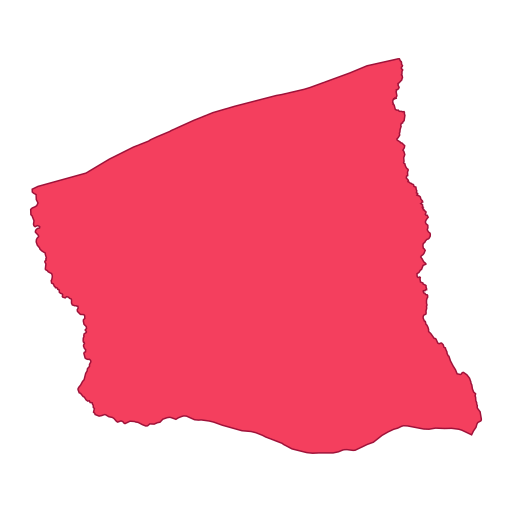 outline of Zumbu, Tete, Mozambique
{"feature_id": "85939544B34189520387166", "entity_name": "Zumbu", "entity_type": "district", "adm_level": 2, "iso_a3": "MOZ", "parent_name": "Mozambique", "parent_adm1": "Tete", "projection": "robinson", "projection_center": [31.028, -15.185], "detail": "fine", "context": "isolated", "style": "filled", "palette": "rose", "viewbox_px": 512, "rotation_deg": 0, "n_neighbors": 0, "source": "geoboundaries", "source_scale": "gbopen_adm2", "svg_char_len": 5938}
<svg xmlns="http://www.w3.org/2000/svg" viewBox="0 0 512 512"><path d="M471.6,434.8L473.5,430.9L476.0,427.3L476.9,424.1L477.8,422.5L480.8,420.9L481.3,420.0L481.3,418.9L480.1,411.8L477.5,408.3L477.2,407.4L477.3,405.5L476.7,404.2L476.7,402.8L475.8,400.6L475.6,397.2L475.1,395.9L475.6,393.8L473.6,392.0L472.4,388.8L471.8,384.9L471.0,383.3L470.8,381.8L469.5,378.2L466.9,374.8L463.5,372.4L462.3,372.6L461.2,374.1L460.4,374.5L457.1,373.8L455.5,369.8L453.0,365.8L450.5,361.0L448.9,356.2L448.1,355.7L447.0,353.2L447.0,352.1L445.6,349.0L445.4,347.9L444.0,347.3L443.2,344.8L441.7,343.2L441.1,343.0L439.1,343.7L437.8,343.1L436.0,339.1L435.5,338.6L434.2,338.4L430.8,333.6L428.6,331.5L428.6,329.5L428.0,327.4L426.9,325.1L426.0,324.4L425.3,321.4L424.4,321.1L423.2,318.2L423.1,317.0L423.5,315.6L424.2,314.9L425.8,314.2L426.1,313.2L426.0,310.9L426.7,308.3L426.5,306.2L427.0,305.0L426.5,303.3L426.5,300.4L427.0,298.3L427.6,297.5L427.7,295.8L427.2,294.8L425.6,294.5L424.9,293.3L423.7,292.9L423.2,291.2L423.4,290.7L425.0,290.7L425.5,289.7L426.6,289.7L426.6,288.7L426.0,287.1L426.1,285.8L425.6,285.2L423.2,284.1L422.9,283.0L420.5,282.0L420.0,279.0L420.3,277.5L419.7,277.0L418.1,277.5L417.4,276.9L417.1,276.1L417.0,273.7L418.9,272.5L420.5,270.0L421.5,269.5L423.1,265.4L425.9,264.2L425.9,263.8L425.0,262.8L423.7,261.8L422.1,258.8L420.7,257.0L421.4,255.8L423.0,254.6L424.0,253.3L425.2,250.4L424.2,248.9L423.3,248.2L422.9,245.7L423.2,243.7L425.1,241.9L425.4,241.0L426.9,239.4L428.4,238.9L429.2,238.1L430.2,236.2L430.3,234.0L429.8,232.9L428.7,232.2L427.5,230.4L427.3,229.4L427.9,227.9L427.8,225.3L425.9,223.6L425.4,222.0L425.8,220.6L426.9,218.8L428.2,217.3L427.2,215.3L426.1,215.3L425.3,214.2L426.0,212.7L425.9,211.7L424.7,210.8L424.3,210.0L423.5,209.9L423.4,208.9L422.9,208.7L422.4,207.6L423.2,207.2L422.5,206.4L422.6,204.9L420.8,203.6L421.5,203.2L422.0,202.1L422.7,202.0L422.5,201.0L420.9,199.2L420.3,196.9L419.3,196.0L416.9,195.1L417.8,193.9L417.6,193.4L416.4,192.8L416.8,190.8L416.2,189.5L415.9,187.1L414.0,186.5L413.7,185.1L413.1,184.4L412.1,184.1L411.3,183.4L410.4,183.3L409.2,182.2L408.1,181.8L407.9,181.3L408.4,180.9L408.3,180.2L406.3,178.0L406.6,176.0L407.7,175.6L407.5,172.1L408.2,170.1L408.0,169.3L406.9,168.5L406.1,167.4L405.2,165.4L404.9,163.8L403.9,163.3L403.6,162.5L404.0,161.4L403.7,157.7L404.8,154.6L403.8,151.3L402.9,150.2L404.3,147.8L404.7,145.7L401.9,143.0L400.5,142.7L400.2,142.0L397.3,140.2L396.9,139.4L396.9,139.0L398.2,137.6L399.7,135.1L399.4,133.2L399.9,132.0L400.1,129.5L401.1,126.4L400.8,125.9L401.0,124.2L401.4,123.3L402.6,123.0L403.0,121.7L404.1,120.7L404.9,115.4L404.4,113.7L404.4,112.3L404.0,111.6L402.6,111.8L401.8,111.4L399.3,111.3L398.2,110.1L396.9,110.2L395.3,109.4L394.2,105.3L393.6,104.3L393.0,104.1L393.2,103.1L392.7,102.4L392.9,100.1L393.5,99.6L393.6,98.8L394.5,98.9L394.6,98.2L395.1,98.5L396.2,98.3L396.0,97.6L396.9,95.8L396.1,91.7L396.5,90.8L396.3,89.9L397.8,89.4L398.6,88.6L399.1,87.3L398.0,85.1L398.2,84.5L398.0,83.5L399.0,82.9L401.8,79.9L402.1,78.3L402.5,77.8L402.2,75.8L401.4,74.9L401.9,74.3L402.0,71.3L402.7,70.0L402.5,69.4L401.6,69.0L401.3,68.3L401.5,67.0L402.2,66.6L402.5,65.5L401.5,64.3L401.6,63.1L401.3,61.7L400.3,60.8L399.4,58.8L398.2,58.8L367.0,65.8L349.7,73.0L309.8,87.6L304.2,89.3L281.5,94.6L276.3,95.5L234.6,106.3L213.0,112.6L193.9,120.3L171.1,130.6L169.9,131.4L157.0,136.8L150.5,139.8L148.6,141.1L133.4,147.1L109.4,159.1L86.0,173.1L38.0,186.4L32.2,189.2L32.3,192.0L33.6,193.2L36.1,194.6L36.3,199.6L38.0,203.0L36.7,205.7L35.0,206.8L32.2,208.0L30.7,209.4L30.9,214.7L32.0,215.7L34.0,220.8L33.5,224.1L33.9,225.7L35.1,226.7L37.2,225.6L39.0,226.1L39.8,226.8L39.5,228.0L37.4,228.5L35.9,230.0L35.4,231.2L35.4,232.2L38.2,235.2L38.6,236.2L38.6,236.7L37.2,238.1L36.4,239.7L36.2,241.9L37.3,245.2L39.5,247.8L40.0,249.2L41.8,250.9L45.3,253.1L45.3,254.3L46.4,257.9L45.8,258.9L46.1,260.1L45.3,260.7L44.8,261.8L45.9,264.0L45.3,269.1L45.9,269.9L47.3,270.6L48.2,271.8L51.6,273.6L52.2,275.2L52.3,276.8L51.8,279.5L51.2,280.7L51.6,283.1L53.3,283.9L54.4,286.4L55.3,287.0L55.5,287.7L56.6,287.7L57.5,288.4L57.7,289.3L59.3,290.1L59.3,292.2L60.5,293.3L62.0,293.8L62.7,294.7L62.3,296.3L62.7,297.1L65.2,297.9L66.5,296.7L67.7,296.9L68.9,297.5L69.5,298.3L71.2,299.0L71.5,299.8L71.5,303.1L72.3,304.9L74.9,305.8L76.2,305.7L76.9,306.2L77.8,306.2L78.2,308.0L77.2,309.8L77.5,311.5L80.4,314.4L83.5,314.6L84.3,315.1L84.7,315.9L84.8,318.5L83.5,319.6L83.3,321.0L84.0,324.3L86.3,326.6L86.5,328.5L85.2,329.9L85.4,330.6L86.3,331.3L86.4,332.0L86.2,332.5L84.1,333.9L83.8,335.6L84.0,336.4L83.2,338.3L83.4,339.2L83.1,339.8L83.3,341.8L83.6,342.3L84.1,342.3L84.5,343.4L83.6,345.0L83.5,346.0L84.5,348.6L85.6,349.6L85.5,351.8L84.2,352.4L83.9,353.5L85.1,358.0L86.3,358.9L87.8,359.4L89.5,359.3L90.6,360.4L90.9,361.8L89.5,364.4L89.5,366.4L87.5,368.6L87.1,371.0L85.7,373.3L84.1,379.7L82.6,381.4L80.6,385.1L79.0,387.0L78.1,388.5L78.0,389.6L79.2,392.8L80.5,393.3L83.1,396.5L84.3,397.1L86.1,399.9L87.8,401.1L89.3,400.8L90.1,402.5L92.2,402.8L92.5,404.2L93.2,405.2L93.3,407.5L94.4,408.5L93.5,412.2L94.8,413.3L95.1,414.5L99.1,416.1L101.6,415.6L104.4,414.6L105.5,414.7L108.8,416.7L112.3,417.4L114.0,418.5L116.5,421.4L117.7,422.1L121.0,420.9L122.8,421.6L124.1,423.2L125.0,423.6L130.0,421.2L134.5,421.5L135.7,422.0L138.1,422.4L142.5,424.7L145.8,426.0L147.6,425.8L149.8,423.9L154.2,424.1L157.4,422.7L160.0,422.2L162.8,419.2L167.0,417.7L169.5,417.3L170.9,417.5L175.9,419.3L178.5,417.7L181.9,416.4L183.8,415.9L186.5,416.1L194.5,419.7L198.6,420.1L201.2,419.9L209.2,421.0L213.7,422.1L222.3,425.2L241.9,430.7L251.1,431.5L255.9,432.7L262.5,435.3L265.7,437.0L282.1,443.3L283.5,444.4L292.0,448.9L306.8,452.6L312.6,453.2L319.2,452.9L333.2,452.9L338.5,451.8L342.8,450.0L344.3,449.7L347.0,449.6L353.2,450.4L355.2,450.2L367.3,444.4L373.4,442.2L382.1,435.3L388.1,431.9L393.6,429.3L397.8,428.1L401.5,426.3L403.5,425.7L407.5,425.9L423.7,429.0L429.0,429.2L435.6,428.1L444.7,428.5L451.5,428.3L458.7,429.2L461.7,430.1L471.6,434.8Z" fill="#f43f5e" stroke="#9f1239" stroke-width="1.5"/></svg>